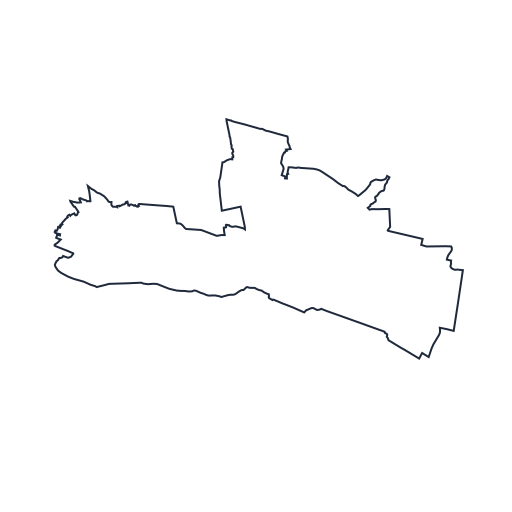 Gura Foii, Dâmbovita, Romania, rotated 256°
{"feature_id": "2599482B74557997064430", "entity_name": "Gura Foii", "entity_type": "district", "adm_level": 2, "iso_a3": "ROU", "parent_name": "Romania", "parent_adm1": "Dâmbovita", "projection": "mercator", "projection_center": [25.309, 44.762], "detail": "fine", "context": "isolated", "style": "outline", "palette": "slate", "viewbox_px": 512, "rotation_deg": 256, "n_neighbors": 0, "source": "geoboundaries", "source_scale": "gbopen_adm2", "svg_char_len": 6081}
<svg xmlns="http://www.w3.org/2000/svg" viewBox="0 0 512 512"><g transform="rotate(256 256 256)"><path d="M364.4,315.4L369.7,305.9L372.8,300.6L374.2,298.0L375.3,295.7L377.7,293.0L378.0,292.4L378.1,291.5L378.4,290.7L386.9,275.9L390.8,268.6L392.7,265.3L393.4,264.8L393.7,264.4L393.8,263.7L395.3,261.2L395.8,260.4L393.7,260.1L383.7,259.7L380.6,259.6L379.6,259.5L378.5,259.3L378.1,259.3L377.5,259.6L374.1,259.3L370.4,258.8L369.7,259.1L368.9,259.1L368.6,258.8L367.6,258.6L366.6,258.5L365.9,258.5L365.3,259.3L364.3,259.2L362.7,259.2L362.0,258.1L361.5,257.8L360.7,257.8L359.5,258.1L358.8,258.2L357.4,257.8L357.5,256.9L355.5,256.4L356.0,255.0L356.2,254.4L356.2,253.4L356.0,251.5L355.7,250.1L355.5,249.4L355.1,248.6L354.9,247.9L354.9,246.0L354.4,245.9L340.8,240.3L337.4,238.2L332.9,237.3L329.5,236.9L326.0,236.1L323.9,235.8L308.2,233.8L307.6,253.0L287.0,252.2L284.5,251.7L285.3,251.0L286.2,249.9L288.7,245.4L289.7,243.4L290.0,240.2L290.3,239.5L290.7,238.9L291.5,237.7L291.8,237.4L292.3,237.4L292.5,237.2L292.6,236.8L293.5,234.8L293.5,234.5L293.4,234.3L291.7,234.2L291.2,234.0L291.0,233.7L291.3,232.3L291.3,231.6L287.8,231.0L283.9,230.7L284.7,227.4L284.9,224.5L285.1,222.7L294.5,209.1L297.4,200.1L298.8,195.7L299.0,195.1L299.3,194.6L300.5,193.6L302.4,192.8L304.6,191.4L305.4,190.7L306.0,189.7L306.9,187.1L308.1,187.2L309.8,187.2L323.7,187.7L324.0,187.4L326.2,181.2L329.4,171.4L334.7,155.4L334.7,154.8L334.5,154.4L334.0,154.2L332.9,154.4L333.0,153.2L332.5,153.1L332.6,152.9L332.9,152.2L333.5,151.8L333.9,151.1L334.6,151.0L334.6,150.4L334.3,149.8L335.3,148.8L336.1,147.5L336.3,146.8L336.4,146.4L336.1,145.9L335.5,145.4L335.8,145.1L335.9,144.4L339.9,144.4L339.9,143.5L339.7,142.7L339.0,142.5L338.7,142.5L338.6,141.6L338.1,141.2L338.0,140.7L338.0,140.4L338.2,139.6L338.1,138.7L337.8,138.2L337.6,137.4L337.3,135.8L337.8,135.7L338.1,133.5L336.9,133.2L337.4,132.6L337.7,132.0L338.0,130.6L338.5,129.0L339.9,128.2L340.9,128.1L343.3,128.8L343.5,127.8L344.0,126.6L344.9,125.9L346.9,125.2L350.6,123.2L354.3,119.7L355.4,117.9L356.2,116.9L359.1,114.7L360.8,112.7L364.6,109.8L359.4,109.8L356.0,109.5L349.2,108.6L349.2,108.2L349.9,106.4L350.0,105.9L349.9,105.3L350.9,104.8L352.1,102.9L352.9,101.5L353.8,100.6L354.6,99.6L354.7,98.7L354.1,98.4L353.7,98.3L352.6,98.7L350.4,99.0L351.0,95.6L351.8,94.0L352.5,92.3L354.4,89.1L353.3,89.2L348.7,91.0L347.7,91.5L347.5,92.3L341.6,94.4L341.3,93.8L340.5,93.2L339.5,92.6L339.2,92.2L339.0,90.9L339.4,90.5L341.3,90.0L340.8,87.2L340.4,86.2L339.9,85.5L341.2,84.9L340.9,83.8L340.5,83.0L339.7,82.3L339.0,82.6L338.0,80.2L336.7,78.4L335.9,77.0L334.2,75.1L333.5,75.7L332.9,74.6L333.6,73.8L332.5,72.6L331.8,73.5L330.8,72.5L331.9,71.0L330.0,70.0L328.8,69.0L329.4,67.6L328.1,66.5L327.4,67.3L326.9,67.0L326.2,68.0L324.5,71.2L323.4,70.7L324.9,68.2L324.1,67.9L322.0,66.5L321.4,67.2L319.2,70.5L316.9,66.7L315.7,63.4L314.8,63.1L314.1,63.8L306.4,74.6L302.8,79.3L302.4,79.3L300.1,76.4L299.8,74.7L299.8,73.1L302.7,68.8L301.6,67.8L301.4,66.8L301.4,65.5L301.7,64.8L301.2,64.0L300.4,63.5L299.6,62.2L299.1,61.1L297.6,59.8L296.1,58.7L293.9,58.8L289.7,60.4L286.7,62.9L281.4,68.7L277.8,73.8L272.8,82.6L267.9,88.8L265.7,92.6L264.4,93.9L264.4,102.0L264.5,106.7L260.5,125.2L257.9,138.1L256.4,140.2L254.8,144.3L253.9,149.6L252.8,153.2L245.2,163.8L241.6,170.8L240.2,175.0L239.2,178.8L237.8,182.1L237.2,185.4L237.5,187.4L237.3,188.3L236.7,189.5L233.5,193.6L232.0,196.1L230.5,198.0L229.4,199.7L228.7,201.6L228.5,203.2L227.5,207.1L225.6,211.1L224.6,212.4L224.8,219.3L224.6,221.8L224.1,223.6L223.9,224.7L224.0,226.6L224.8,228.8L225.7,231.0L226.4,233.6L226.2,235.0L226.0,235.6L226.2,236.0L227.7,238.6L228.0,239.3L227.9,240.1L226.9,241.7L226.2,243.7L225.7,245.9L225.3,247.1L223.6,248.9L223.0,249.7L221.8,251.5L221.2,253.0L218.8,255.0L216.2,258.3L215.8,259.1L213.8,258.9L213.1,258.4L212.4,258.4L211.8,258.7L209.3,261.3L209.6,261.7L209.4,262.5L203.6,270.2L200.4,274.8L196.9,279.7L189.6,289.1L191.4,292.0L191.3,292.5L191.5,293.8L192.0,296.9L192.0,297.8L191.7,298.7L191.0,299.8L189.2,301.7L188.8,302.3L188.6,304.9L188.7,305.7L189.0,306.5L187.8,308.1L185.2,311.8L151.4,362.5L150.3,362.4L149.9,362.6L149.0,364.0L148.1,364.3L147.1,364.0L146.3,363.4L145.9,363.4L144.6,364.0L142.2,364.2L132.4,373.9L128.6,377.9L117.0,389.5L121.7,393.7L116.2,399.1L124.1,404.2L127.4,406.8L135.0,414.4L136.8,415.7L137.9,416.2L139.0,416.5L141.9,417.0L138.7,423.8L135.5,429.7L161.5,440.6L177.7,447.3L192.2,453.3L193.2,450.6L194.2,447.9L194.3,446.4L194.8,445.1L196.0,443.6L197.0,442.7L198.9,442.1L201.3,443.4L203.7,443.8L204.4,444.2L206.3,440.3L207.8,441.0L210.2,442.7L213.6,446.7L214.7,447.5L216.6,448.0L218.1,447.6L219.6,442.4L224.0,423.7L226.8,419.0L232.2,421.8L233.7,419.0L248.5,390.2L249.1,390.0L251.8,393.2L269.3,396.7L270.3,392.9L271.8,386.1L273.5,379.5L273.5,377.4L275.7,376.1L276.9,379.0L277.9,379.3L278.4,380.0L278.6,381.8L279.6,383.9L279.9,385.0L280.5,385.6L281.7,385.8L282.6,385.6L283.7,385.7L284.6,386.1L284.8,386.7L284.8,387.3L285.3,388.3L286.0,388.9L286.3,389.7L287.1,390.1L288.4,392.6L288.7,394.3L288.5,395.2L288.7,395.9L290.1,396.9L292.2,397.6L293.9,398.5L295.8,401.0L297.0,401.4L298.0,402.2L298.3,403.0L300.1,404.5L301.9,402.6L301.3,402.2L300.4,401.3L299.6,400.4L299.2,399.4L299.1,396.9L299.1,396.1L299.4,395.2L300.1,393.3L300.8,391.8L301.2,390.9L301.0,389.1L300.7,387.7L300.0,385.4L299.5,384.8L298.4,384.4L297.6,383.7L295.0,380.3L293.4,378.0L290.0,370.9L289.5,369.5L292.0,367.8L295.6,364.4L298.0,361.7L300.3,360.4L302.2,358.9L302.6,358.4L302.8,357.2L305.0,355.1L306.8,353.4L312.0,349.3L321.4,340.7L323.7,338.4L325.0,336.4L326.6,333.3L330.5,321.2L331.5,318.7L331.8,317.7L331.7,316.5L332.0,315.5L333.3,312.3L334.2,309.1L332.6,308.4L330.3,307.2L329.7,307.0L329.2,306.9L327.9,307.1L327.9,306.7L328.1,306.2L328.0,305.9L327.7,305.8L325.8,305.2L323.7,304.7L324.3,302.9L326.0,303.7L328.2,300.5L333.9,303.9L335.9,304.0L338.2,303.4L339.8,302.8L340.7,303.0L343.9,304.6L346.2,305.5L346.6,305.8L349.5,308.2L349.3,308.9L349.5,309.2L350.0,309.4L350.5,309.9L350.6,311.3L352.0,310.9L351.4,315.4L353.7,315.0L354.6,315.1L357.2,314.6L359.2,314.4L362.0,315.3L363.4,315.4L364.4,315.4Z" fill="none" stroke="#1e293b" stroke-width="2"/></g></svg>